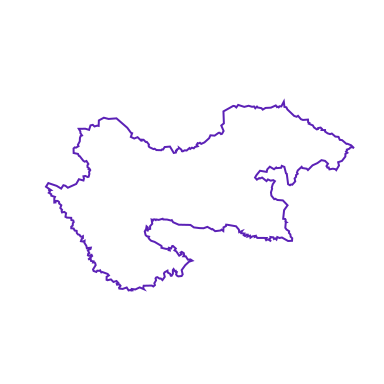 Tiquicheo de Nicolás Romero, Michoacán, Mexico (Natural Earth projection), rotated 108°
{"feature_id": "50627088B35926432685545", "entity_name": "Tiquicheo de Nicolás Romero", "entity_type": "district", "adm_level": 2, "iso_a3": "MEX", "parent_name": "Mexico", "parent_adm1": "Michoacán", "projection": "natural_earth1", "projection_center": [-100.779, 19.071], "detail": "fine", "context": "isolated", "style": "outline", "palette": "violet", "viewbox_px": 384, "rotation_deg": 108, "n_neighbors": 0, "source": "geoboundaries", "source_scale": "gbopen_adm2", "svg_char_len": 6019}
<svg xmlns="http://www.w3.org/2000/svg" viewBox="0 0 384 384"><g transform="rotate(108 192 192)"><path d="M303.0,224.6L305.2,221.9L304.1,220.1L304.5,219.4L304.0,218.3L302.8,219.1L302.2,215.8L298.9,212.3L299.3,207.7L298.6,208.7L296.1,209.0L293.4,201.3L293.8,199.6L292.0,198.5L290.4,199.6L287.1,198.9L285.4,200.0L284.3,199.6L283.7,198.6L284.4,196.2L283.9,195.0L284.9,192.9L281.1,191.7L278.1,193.5L276.8,193.2L274.4,191.0L276.1,190.1L276.6,187.5L278.2,186.3L278.0,185.5L275.6,184.9L272.2,186.1L271.0,185.7L272.4,184.0L272.0,183.1L273.1,182.7L272.9,181.7L275.2,181.7L276.1,180.7L276.5,179.0L275.1,175.9L273.2,175.4L269.5,177.7L263.7,175.8L259.2,173.3L257.2,170.5L256.6,172.6L257.6,175.0L255.1,178.1L255.8,180.3L254.4,180.0L252.7,180.9L252.1,183.3L253.2,184.2L254.4,182.7L256.5,184.5L253.3,188.6L252.9,190.6L250.8,189.9L249.2,193.5L249.5,194.1L252.1,194.4L252.2,196.4L254.4,195.1L254.5,196.1L253.8,196.0L253.3,197.0L254.1,198.9L254.5,203.8L253.0,204.1L252.6,204.9L251.0,212.2L251.0,215.8L250.0,218.0L248.9,219.3L247.8,219.1L248.0,221.5L247.2,222.9L243.5,225.1L243.9,224.7L241.4,224.2L238.7,224.6L239.3,223.2L241.2,224.0L241.4,222.8L243.2,222.1L241.1,222.2L240.0,220.4L237.5,221.3L234.5,220.0L230.8,221.8L231.0,220.3L230.1,220.3L229.6,219.2L229.9,217.8L229.2,217.6L228.8,215.0L226.5,211.6L227.0,210.9L225.9,207.1L225.6,203.1L225.0,202.5L226.6,200.6L227.2,194.5L223.8,183.3L225.1,179.3L224.0,173.7L222.9,169.8L220.4,166.6L221.4,161.6L220.9,161.1L222.1,157.9L219.8,153.0L218.7,152.3L219.4,150.2L215.9,151.1L214.0,149.2L212.5,149.4L212.2,148.0L211.0,139.5L213.3,135.8L215.6,134.7L213.7,132.4L215.5,133.0L216.0,132.5L215.3,129.3L217.1,129.5L217.5,127.9L215.7,127.0L215.4,125.8L217.3,125.5L215.6,123.3L217.4,122.3L215.6,120.9L214.1,118.1L215.1,118.1L214.4,117.2L215.5,115.8L212.7,106.9L214.4,107.2L214.9,106.6L214.0,106.0L213.7,103.7L214.6,101.6L213.0,104.1L211.0,102.9L210.5,103.3L210.0,100.6L211.4,99.5L210.4,98.5L211.1,97.0L208.5,97.0L208.7,94.6L207.5,92.4L208.9,85.5L207.5,81.8L205.0,82.4L204.0,84.4L202.0,85.3L200.9,87.2L199.3,87.5L198.5,90.5L197.2,92.2L192.0,93.4L191.6,92.8L191.2,94.0L189.7,94.2L188.9,95.0L189.3,97.0L180.8,98.8L175.1,97.0L171.9,103.0L173.2,108.3L172.7,110.7L173.4,111.6L170.9,115.4L167.9,116.8L164.1,116.8L163.1,117.5L159.7,117.6L156.1,116.5L155.6,118.3L156.9,120.7L156.6,123.7L158.6,124.5L156.6,129.8L158.2,131.6L158.0,132.4L160.2,134.1L158.8,136.5L156.0,135.9L150.8,133.9L149.8,127.2L147.2,127.4L143.9,125.8L145.0,121.0L142.7,119.5L143.1,118.8L141.4,114.7L139.4,114.7L139.6,111.9L145.2,108.4L145.4,107.5L154.9,103.0L155.3,100.9L154.2,100.1L154.1,98.9L150.0,97.1L147.4,98.6L145.4,97.7L143.8,98.3L142.0,97.1L141.1,98.2L138.9,98.1L134.2,95.5L135.1,94.5L134.4,90.1L135.3,88.5L129.4,85.6L125.8,81.7L121.7,78.7L121.3,75.1L123.1,71.4L125.8,72.1L127.0,70.7L126.4,69.6L128.0,68.3L126.3,65.2L126.0,62.6L126.6,61.6L121.4,60.4L118.5,62.2L116.1,59.0L110.9,57.1L108.4,57.9L106.7,56.4L106.0,58.0L104.4,57.4L103.8,57.8L102.2,55.7L100.6,55.1L99.9,53.4L100.2,51.5L98.4,55.1L98.1,59.1L98.5,60.0L96.3,65.3L96.7,67.6L94.3,69.7L95.0,72.8L93.2,77.1L94.3,78.6L94.3,81.2L93.4,84.1L92.0,84.6L93.0,87.9L91.8,87.9L91.0,89.6L92.2,91.8L93.1,91.6L93.9,92.6L92.9,95.9L91.3,97.7L91.0,101.9L90.1,101.7L89.9,103.0L87.3,104.1L89.2,108.8L89.1,110.9L86.8,114.7L88.1,115.7L88.1,118.3L84.0,126.8L82.3,128.4L82.5,130.4L77.7,132.6L83.0,133.5L83.3,135.0L84.7,135.7L84.3,136.6L85.0,137.4L83.8,139.1L87.4,143.0L89.3,148.0L91.8,150.2L90.8,151.8L91.3,155.6L90.7,156.6L92.8,157.7L91.5,159.4L92.4,161.2L92.5,164.8L94.9,168.6L94.9,175.0L97.9,176.0L97.1,177.9L97.4,179.4L105.6,187.0L116.9,182.9L119.7,184.7L124.2,180.8L127.3,181.4L128.0,182.3L127.1,184.0L127.5,185.0L131.4,187.9L132.4,192.0L135.5,192.3L141.0,195.5L143.4,198.1L142.7,199.7L143.9,200.9L143.8,201.7L145.8,202.2L146.7,200.7L148.3,203.1L149.9,203.8L149.9,205.8L151.6,207.0L151.0,208.0L154.2,209.9L154.6,211.8L156.2,213.4L156.3,214.2L155.0,215.2L153.9,218.1L154.5,217.8L156.4,219.6L157.2,219.2L157.8,220.0L159.4,219.5L160.5,221.4L155.6,227.0L157.7,231.9L160.5,232.6L160.7,233.6L161.7,234.0L163.1,238.8L162.4,240.9L163.1,241.9L162.5,246.5L161.6,247.5L160.2,247.6L158.3,250.5L158.7,251.5L157.3,254.2L157.8,256.0L158.7,255.7L158.9,256.2L156.7,260.7L159.0,263.5L158.5,267.2L154.6,267.1L154.5,268.4L150.9,273.4L145.3,286.6L148.3,293.9L148.6,298.8L152.7,302.7L158.0,301.2L158.2,302.7L159.8,305.0L158.8,307.1L160.0,309.1L164.7,309.1L164.8,313.0L166.9,319.2L168.9,316.9L170.5,316.3L172.2,314.1L173.1,315.2L175.1,315.3L178.5,314.4L182.4,315.1L183.5,314.1L185.7,316.1L185.8,317.3L187.2,318.1L191.5,316.6L191.0,312.2L192.6,310.8L192.6,309.9L195.9,305.0L196.3,303.4L195.1,302.0L197.4,299.2L198.9,299.7L200.7,299.0L201.3,297.1L201.9,296.3L202.4,296.9L202.9,295.6L204.8,296.1L206.5,295.2L209.4,295.0L210.0,295.8L209.7,298.4L210.6,300.1L212.7,298.9L214.6,298.8L214.8,303.5L220.1,304.6L226.3,311.4L225.2,314.3L225.3,316.4L229.2,317.5L228.0,322.6L227.9,331.4L232.1,332.5L233.8,326.7L234.7,328.3L235.7,327.3L237.0,327.9L237.6,325.2L239.0,324.7L239.0,320.8L240.6,321.0L244.6,319.7L244.1,318.6L242.7,319.1L242.0,317.0L242.6,315.3L244.0,314.8L245.0,312.2L247.9,312.3L249.1,310.1L250.3,310.2L251.6,309.3L250.4,307.3L251.1,305.2L254.7,304.7L255.0,303.1L253.9,298.9L256.0,298.0L255.8,296.1L257.2,295.2L258.5,295.7L260.7,295.1L262.4,296.1L263.8,295.6L263.3,293.3L264.9,291.7L264.6,289.7L266.6,288.9L267.6,287.3L267.5,285.7L268.7,284.3L268.7,282.9L267.8,282.1L269.6,281.5L270.8,282.4L273.1,282.4L272.8,280.3L271.6,279.1L273.6,278.6L275.9,275.8L277.9,274.7L276.2,271.0L277.5,270.9L279.6,273.1L281.8,270.8L282.7,271.6L284.4,271.4L284.5,270.2L282.8,268.1L283.7,267.2L288.3,269.8L286.7,267.8L288.8,266.7L288.4,264.3L289.6,264.3L289.1,262.9L289.6,262.1L291.3,261.0L296.2,262.2L297.5,261.2L297.6,258.3L296.1,257.8L295.6,255.7L294.9,255.2L296.5,253.4L295.8,252.4L296.0,246.9L297.0,245.3L299.0,247.0L301.9,246.1L302.0,245.1L300.2,242.1L301.8,238.9L300.0,236.3L301.1,234.3L302.4,235.3L303.3,234.6L302.3,232.5L303.3,231.0L305.6,231.8L306.3,231.3L305.6,228.0L303.0,224.6Z" fill="none" stroke="#5b21b6" stroke-width="2"/></g></svg>